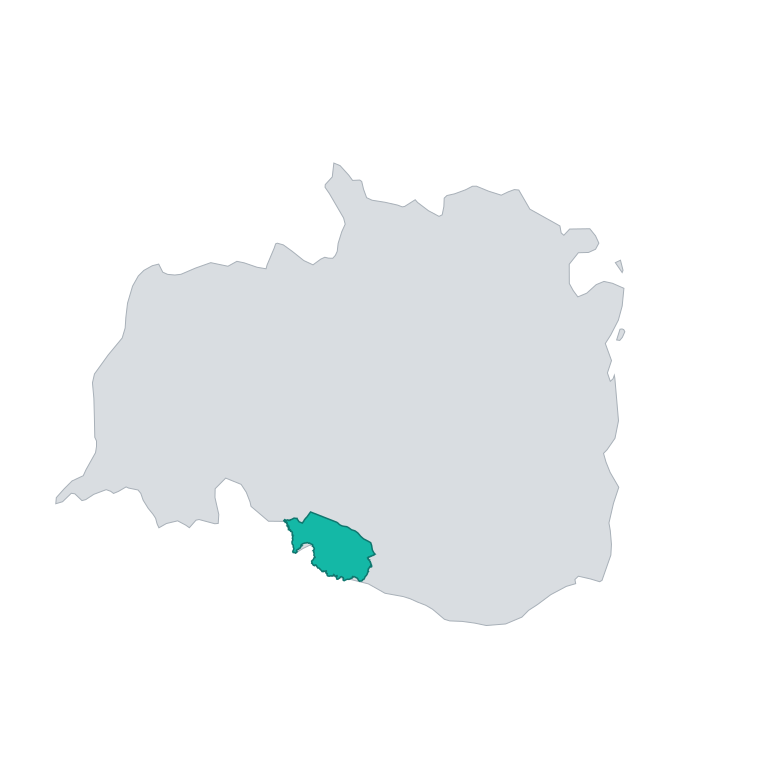 location of Choam Ksant, Preah Vihéar, Cambodia, rotated 201°
{"feature_id": "14789045B63447960105110", "entity_name": "Choam Ksant", "entity_type": "district", "adm_level": 2, "iso_a3": "KHM", "parent_name": "Cambodia", "parent_adm1": "Preah Vihéar", "projection": "albers", "projection_center": [104.9, 14.186], "detail": "fine", "context": "in_parent", "style": "filled", "palette": "teal", "viewbox_px": 768, "rotation_deg": 201, "n_neighbors": 0, "source": "geoboundaries", "source_scale": "gbopen_adm2", "svg_char_len": 8431}
<svg xmlns="http://www.w3.org/2000/svg" viewBox="0 0 768 768"><g transform="rotate(201 384 384)"><path d="M647.5,154.6L649.2,160.5L645.0,171.6L640.5,181.7L631.9,190.6L631.5,197.1L628.7,216.5L630.0,222.6L632.0,227.8L634.9,230.6L642.6,249.5L649.7,266.6L656.6,280.6L657.9,289.6L651.9,312.3L644.9,333.1L645.7,343.5L648.9,353.8L652.4,367.6L653.8,385.3L652.1,396.8L648.9,404.0L642.7,411.4L637.3,415.2L630.6,409.1L625.3,408.8L618.3,410.8L612.8,413.7L601.6,424.6L589.2,435.2L571.9,438.0L565.3,445.8L558.0,447.0L544.3,447.5L535.4,449.3L535.8,453.2L535.2,471.7L535.4,476.0L534.1,477.2L527.9,477.8L517.3,475.0L503.1,470.5L493.0,469.8L487.8,477.9L484.7,481.1L480.9,481.6L476.9,483.0L475.5,486.6L475.2,491.1L477.2,498.8L478.0,511.0L477.5,519.3L481.2,524.5L503.1,542.1L509.5,546.5L510.3,549.1L506.5,558.8L510.0,572.3L503.2,572.1L491.7,566.3L486.3,562.8L479.7,565.7L477.4,565.1L472.9,558.5L467.0,551.7L461.0,551.3L448.3,554.0L435.4,555.9L430.5,555.9L428.4,557.1L420.9,567.2L417.7,565.5L404.6,561.7L392.7,560.2L390.3,562.8L391.7,571.1L394.4,579.1L392.8,582.5L386.3,586.8L377.6,594.4L372.3,600.3L368.6,601.8L355.4,601.5L342.2,602.3L336.9,607.9L332.0,612.2L327.7,613.4L310.5,599.5L276.4,594.6L272.7,588.5L269.4,587.3L266.2,595.2L247.5,602.7L239.6,598.1L233.9,592.5L234.8,585.6L240.2,580.1L249.6,576.2L254.0,562.2L247.0,544.2L240.8,539.0L234.3,534.8L227.3,541.4L221.5,552.8L215.4,558.6L206.8,559.9L194.3,559.3L189.6,542.2L188.1,527.6L189.9,510.9L191.9,501.1L180.0,487.4L179.4,474.4L173.7,467.6L172.0,471.0L172.1,474.7L170.5,472.0L151.9,433.7L148.9,416.1L152.2,402.5L154.2,397.9L148.8,390.7L141.2,382.5L127.8,371.7L127.0,354.8L124.2,334.9L120.2,328.2L114.2,315.8L110.9,305.6L110.1,278.8L111.8,276.7L121.4,276.0L133.7,274.2L135.7,269.9L133.5,266.3L141.4,260.3L152.8,247.1L161.6,233.2L167.9,224.5L171.7,215.8L184.4,203.6L201.9,195.2L213.6,193.3L225.9,190.4L237.7,186.4L243.3,186.0L257.9,191.1L265.8,192.4L274.1,192.4L282.7,192.9L290.1,192.4L308.1,189.0L327.0,191.8L344.0,189.7L365.0,185.7L375.3,188.2L384.6,192.2L386.0,200.4L388.1,204.1L391.3,207.0L395.4,207.0L400.8,201.3L405.2,195.4L406.7,194.3L406.9,197.2L409.2,203.6L413.2,209.9L417.2,214.0L424.0,219.5L428.4,219.8L442.7,214.5L464.3,222.1L466.8,225.9L473.8,233.6L481.4,239.1L498.1,239.4L504.1,225.7L501.1,217.4L491.5,203.0L488.8,194.4L491.9,192.9L508.1,191.2L510.7,189.5L514.2,180.1L518.6,181.2L527.6,182.3L537.1,175.8L542.6,169.1L545.7,172.1L549.1,176.8L552.8,179.5L559.7,183.5L567.2,189.2L571.9,194.8L575.7,196.9L585.3,195.3L587.9,195.5L593.4,188.6L597.3,184.9L600.6,185.9L605.5,185.8L615.4,177.0L621.1,169.1L624.2,166.9L633.3,170.7L636.8,169.9L641.9,158.9L647.5,154.6ZM183.3,519.7L181.5,520.7L179.7,520.7L177.9,519.1L178.2,513.0L179.5,509.2L182.6,508.5L183.3,519.7ZM211.5,580.2L207.6,584.3L201.6,575.8L201.6,573.4L211.5,580.2Z" fill="#d9dde1" stroke="#a8b0b8" stroke-width="1"/><path d="M428.5,220.5L428.3,220.4L428.2,220.6L427.5,219.9L427.3,220.1L427.0,220.0L426.7,220.3L426.3,220.1L426.2,220.1L426.3,220.3L426.1,220.3L426.0,220.0L426.0,219.7L425.7,219.9L425.8,220.2L425.6,220.2L425.2,220.1L425.3,219.9L425.1,219.8L424.7,219.4L424.8,219.2L424.7,219.1L424.7,218.8L424.4,218.7L424.2,218.6L424.2,218.4L424.0,218.2L423.7,218.1L423.8,217.7L423.6,217.8L423.3,217.8L423.2,217.5L422.9,217.4L423.0,217.2L422.9,217.0L422.8,216.9L422.4,216.6L422.6,216.4L422.2,216.4L422.1,216.2L421.9,216.4L421.9,216.2L421.6,216.0L421.7,215.9L421.3,215.7L421.7,215.3L421.6,215.2L421.2,214.9L420.9,214.8L421.0,214.6L421.3,214.5L421.3,214.3L420.9,214.1L420.9,213.9L420.5,214.0L420.4,213.8L420.1,213.7L420.0,213.8L420.1,214.0L419.9,214.0L419.7,214.1L419.7,213.9L419.4,213.9L419.5,213.7L419.2,213.7L418.8,213.7L418.6,213.7L418.6,213.2L418.3,212.9L418.2,212.9L417.6,213.1L417.3,213.0L416.9,213.0L416.8,212.8L416.3,212.5L416.2,212.3L416.3,212.0L416.2,211.6L415.8,210.6L415.2,210.4L415.4,210.3L415.4,209.7L414.9,209.2L414.5,209.1L414.3,208.8L414.4,207.9L414.2,207.6L414.3,207.1L414.1,206.9L413.5,206.6L413.5,205.9L413.2,205.6L413.4,204.3L413.3,203.5L412.6,202.1L412.2,201.6L411.2,201.1L410.9,200.9L410.7,200.0L410.2,199.4L410.2,199.1L409.3,198.3L409.1,197.9L409.0,197.4L409.1,197.1L409.0,196.4L409.1,196.2L409.2,195.7L409.0,195.4L409.1,194.7L408.4,194.1L407.7,194.3L407.0,194.8L406.5,194.8L406.0,194.4L405.8,194.5L405.5,195.2L405.2,195.5L405.2,195.8L405.1,196.4L406.0,197.0L406.0,197.7L405.8,198.1L405.4,198.3L405.2,198.8L404.6,199.0L404.4,199.2L404.3,200.4L403.7,200.6L403.4,200.9L403.3,201.7L403.6,202.6L402.8,203.3L402.6,203.6L403.4,203.6L403.7,203.8L403.7,204.1L403.6,204.4L403.0,205.1L402.9,205.4L402.5,205.9L401.7,206.5L401.0,207.2L399.7,207.7L399.1,208.4L398.4,208.5L398.0,208.4L397.4,208.3L396.7,208.8L396.3,208.9L395.7,208.5L394.0,208.5L393.0,208.4L392.6,207.6L392.6,207.0L392.2,207.0L391.6,206.7L391.1,206.3L391.0,206.1L391.0,205.9L390.5,205.9L390.1,205.5L389.9,204.7L390.1,204.2L390.2,203.8L390.5,203.0L389.9,203.1L389.4,202.2L389.4,201.8L389.1,201.6L388.3,200.3L388.2,199.3L388.1,199.0L387.8,198.7L386.9,198.1L386.2,197.3L386.3,197.1L386.8,197.0L386.9,196.9L387.1,196.4L387.0,195.7L387.1,195.3L387.0,194.7L387.6,193.9L388.1,192.7L387.9,192.3L387.3,191.4L387.2,191.2L387.2,190.8L386.7,190.9L386.1,190.2L385.5,190.0L385.1,189.5L384.9,189.4L384.6,189.5L384.2,189.8L383.6,189.5L383.4,189.6L383.2,190.5L382.8,190.6L382.2,190.5L381.8,190.2L381.2,189.4L380.8,189.3L380.0,188.7L379.7,188.5L379.4,188.7L379.1,188.8L378.0,188.7L377.5,188.3L377.3,188.0L376.9,188.0L376.1,187.6L375.2,187.3L374.8,186.8L374.5,186.7L374.2,186.9L373.5,187.7L373.4,187.7L373.2,187.3L372.8,187.7L372.6,187.9L371.4,188.3L371.3,188.7L371.0,188.9L370.7,188.7L370.8,187.8L370.6,187.6L370.6,186.9L370.0,186.6L369.1,186.7L369.1,186.3L368.9,185.5L368.0,184.7L367.8,184.7L366.3,184.9L364.8,186.0L363.7,186.1L362.7,187.1L362.8,187.4L362.5,187.7L362.5,188.1L362.2,188.0L361.9,187.7L361.6,187.6L361.1,187.2L360.8,187.1L360.1,187.2L359.4,188.2L359.3,188.3L359.0,188.1L358.9,187.8L359.3,186.5L359.2,186.2L358.4,185.6L358.3,185.4L358.2,185.0L357.7,185.0L357.3,185.2L356.7,185.7L356.4,186.3L355.8,187.0L355.7,187.7L355.5,188.1L355.3,188.6L354.8,188.9L352.6,188.6L352.0,187.7L352.3,187.4L351.9,186.4L351.6,186.1L350.7,186.1L349.2,187.8L347.9,188.8L346.7,189.0L346.0,189.7L345.4,190.6L344.4,191.2L344.2,191.4L344.4,193.0L344.1,193.1L343.4,192.8L343.0,193.1L342.9,193.5L342.5,193.5L341.4,193.4L340.8,193.2L340.0,193.4L339.8,193.3L339.3,192.9L338.7,192.8L337.7,191.7L336.1,191.1L335.8,191.4L334.6,191.9L334.1,192.3L333.7,192.9L333.7,193.0L333.9,193.4L333.9,193.7L333.2,194.3L332.8,194.4L332.5,196.3L332.6,196.5L332.6,197.1L332.5,197.6L332.3,197.8L332.1,198.5L331.8,199.0L331.7,200.0L331.5,200.9L331.8,201.4L331.5,202.3L331.7,202.7L331.8,203.0L331.7,203.3L331.4,203.5L331.6,203.7L332.0,203.9L332.0,204.1L332.2,204.6L332.2,204.9L332.2,205.2L332.1,205.5L332.4,206.1L332.3,206.3L332.2,206.4L332.0,206.6L331.9,207.4L331.6,207.7L331.8,208.0L331.8,208.5L331.5,208.7L331.3,208.7L331.3,208.8L330.9,208.8L330.7,208.6L330.3,208.7L330.1,208.9L330.2,209.4L330.5,209.7L330.4,209.8L330.6,210.0L331.0,209.9L331.2,210.1L331.0,210.4L331.3,210.5L331.2,210.8L331.7,211.1L331.7,211.4L332.0,211.6L332.2,212.2L332.7,212.3L333.0,212.6L333.2,212.9L333.2,213.3L333.7,213.5L333.8,213.6L334.0,213.7L334.2,213.8L334.3,213.7L334.2,213.9L334.4,214.1L334.5,214.0L334.8,214.1L335.0,214.2L334.8,214.5L335.2,214.5L335.5,214.5L335.9,214.7L335.9,214.8L336.1,214.9L336.1,215.0L336.4,215.1L336.7,215.4L336.6,215.5L336.9,215.7L337.0,215.8L336.9,215.9L336.7,216.5L336.2,216.5L336.1,216.8L336.1,217.2L335.7,217.3L335.4,217.7L335.2,217.7L335.1,218.1L334.7,218.5L334.0,218.8L333.4,219.8L332.9,219.9L332.3,220.7L332.1,220.9L332.1,221.0L331.7,221.2L331.6,221.8L331.4,222.0L332.0,222.2L333.0,222.8L334.8,224.3L335.6,225.2L337.8,229.0L339.1,230.5L339.6,231.1L342.1,231.5L347.5,232.1L349.2,232.7L351.3,233.5L354.5,235.3L355.4,235.7L356.2,235.9L358.1,236.4L358.6,236.5L361.6,236.3L362.2,236.3L365.6,237.2L367.0,237.4L367.9,237.4L369.5,237.0L371.9,236.5L374.2,236.6L375.5,236.9L377.3,237.7L378.6,238.0L406.7,238.2L408.3,232.2L408.9,230.9L409.6,228.8L409.8,227.2L410.0,226.5L410.4,224.9L413.4,224.9L414.1,225.0L414.4,225.2L414.8,225.6L416.1,226.4L417.1,227.4L417.9,227.0L419.5,226.7L420.0,226.5L421.4,224.8L422.4,223.9L422.5,223.6L422.9,223.6L423.1,222.8L423.7,222.6L423.8,222.7L424.2,222.4L424.8,222.7L425.2,222.5L425.5,222.5L425.8,222.3L426.2,221.9L426.7,221.6L427.3,221.6L427.7,221.8L427.9,221.6L428.1,221.7L428.3,221.1L428.4,220.9L428.4,220.7L428.5,220.5Z" fill="#14b8a6" stroke="#0f766e" stroke-width="1.5"/></g></svg>